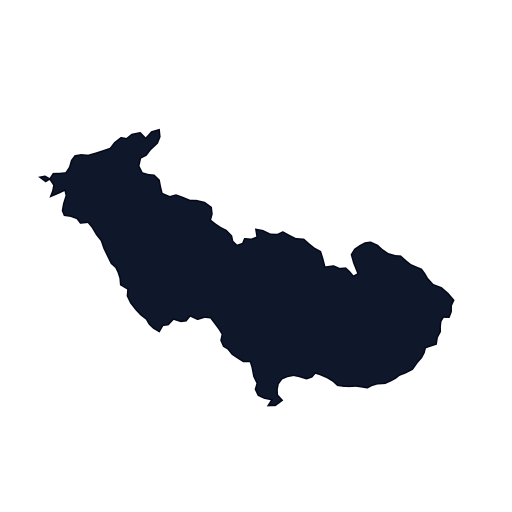 the district of José Raydan, Minas Gerais, Brazil, rotated 152°
{"feature_id": "56859067B76751419616025", "entity_name": "José Raydan", "entity_type": "district", "adm_level": 2, "iso_a3": "BRA", "parent_name": "Brazil", "parent_adm1": "Minas Gerais", "projection": "orthographic", "projection_center": [-42.476, -18.259], "detail": "fine", "context": "isolated", "style": "filled", "palette": "ink", "viewbox_px": 512, "rotation_deg": 152, "n_neighbors": 0, "source": "geoboundaries", "source_scale": "gbopen_adm2", "svg_char_len": 2540}
<svg xmlns="http://www.w3.org/2000/svg" viewBox="0 0 512 512"><g transform="rotate(152 256 256)"><path d="M401.9,420.8L401.2,413.4L404.8,408.9L409.3,405.0L400.4,404.2L393.7,403.9L395.1,398.5L401.2,392.5L405.6,386.9L406.1,381.9L400.9,378.1L396.4,373.1L395.5,367.5L388.4,364.6L387.1,358.3L386.7,349.7L385.3,342.2L386.6,334.1L386.9,326.1L387.2,317.4L385.1,311.7L385.3,306.3L386.4,300.2L389.0,294.1L384.6,286.9L388.3,281.1L388.6,273.3L387.1,264.9L385.3,258.2L382.4,251.8L382.2,246.0L380.4,240.5L376.9,234.7L370.9,238.5L365.8,236.6L358.5,239.1L353.1,233.5L348.2,231.6L342.3,234.1L337.3,227.5L330.0,226.1L325.0,222.7L323.8,215.2L322.8,208.5L322.5,202.7L326.5,198.0L327.0,191.5L324.4,187.2L323.1,180.3L319.6,173.9L316.7,168.8L310.5,165.5L311.7,159.4L314.4,150.7L314.7,143.0L319.1,138.6L319.4,131.9L315.4,126.6L309.4,121.6L315.5,118.2L309.1,115.0L300.6,116.3L302.4,123.2L300.1,128.2L296.5,132.7L290.9,135.4L284.9,134.9L278.8,133.0L274.5,129.4L269.0,123.9L263.5,123.0L258.7,124.9L255.2,121.4L250.2,115.2L246.6,109.1L244.7,103.5L239.7,99.9L234.9,97.1L228.9,94.3L224.7,91.3L219.6,87.4L214.8,87.4L209.1,86.3L201.8,83.0L195.9,82.6L190.3,82.6L185.6,83.5L179.0,82.7L171.0,82.6L163.7,86.3L157.6,88.6L152.9,91.8L149.6,95.5L144.5,94.7L138.3,93.6L134.2,99.1L128.8,102.7L126.5,107.2L123.5,111.6L119.3,114.1L114.3,111.3L109.8,115.2L106.9,120.6L102.2,124.1L104.1,132.7L107.2,140.8L113.2,147.7L115.2,155.8L115.4,161.4L116.2,166.7L119.9,171.1L123.6,175.8L126.0,181.4L128.4,188.0L132.9,190.8L138.4,196.1L141.8,202.7L143.7,208.3L148.4,214.4L153.5,216.3L159.4,216.3L165.6,215.6L171.1,212.4L172.9,204.1L174.2,192.4L179.6,192.4L180.8,198.0L182.5,203.2L188.2,205.7L192.2,210.8L200.4,213.8L198.3,222.5L197.0,229.6L200.9,235.5L203.5,241.5L206.0,248.3L213.0,252.8L217.0,258.5L221.0,264.6L227.0,264.9L233.2,268.5L238.1,275.2L243.6,279.6L246.1,272.2L252.2,272.9L257.9,276.6L261.9,273.3L267.9,274.3L269.7,280.0L268.2,285.2L270.3,292.5L274.1,297.9L276.9,303.2L279.5,309.1L275.1,313.8L272.7,319.9L276.3,327.4L282.7,333.0L288.2,336.0L293.3,342.2L298.0,347.4L304.3,348.8L309.6,355.3L308.0,361.7L305.9,368.5L308.1,375.2L312.8,378.3L317.5,382.8L317.3,390.5L312.0,396.7L305.7,396.6L299.3,399.5L290.1,402.0L284.9,406.4L282.2,413.0L289.9,414.6L298.2,411.6L300.4,419.2L308.5,421.6L315.2,420.3L319.6,423.8L327.6,422.4L334.1,419.4L341.0,420.5L348.9,421.9L356.9,423.6L362.8,427.4L368.7,429.4L373.9,427.0L378.8,421.9L384.8,418.6L390.6,421.0L396.3,423.9L401.9,420.8ZM401.9,420.8L404.9,425.5L409.8,427.0L406.7,420.5L401.9,420.8Z" fill="#0f172a" stroke="#020617" stroke-width="1.5"/></g></svg>